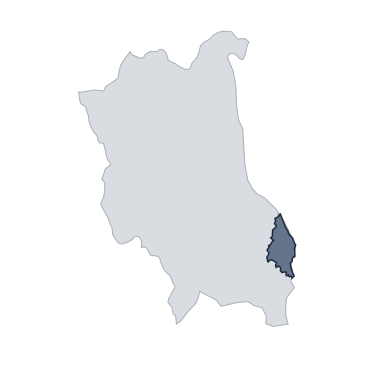 location of Silistra within Bulgaria, rotated 76°
{"feature_id": "BGR-2261", "entity_name": "Silistra", "entity_type": "Province", "adm_level": 1, "iso_a3": "BGR", "parent_name": "Bulgaria", "parent_adm1": "", "projection": "natural_earth1", "projection_center": [27.051, 43.921], "detail": "fine", "context": "in_parent", "style": "filled", "palette": "slate", "viewbox_px": 384, "rotation_deg": 76, "n_neighbors": 0, "source": "natural_earth", "source_scale": "10m", "svg_char_len": 3436}
<svg xmlns="http://www.w3.org/2000/svg" viewBox="0 0 384 384"><g transform="rotate(76 192 192)"><path d="M316.2,239.0L309.6,238.0L307.3,238.3L305.8,239.8L302.8,239.5L299.0,239.5L295.0,241.3L292.9,242.0L289.9,240.4L284.5,235.6L281.2,232.3L278.7,231.4L276.2,232.4L267.4,233.6L265.3,235.5L261.2,237.6L257.1,238.7L251.2,239.4L248.1,239.3L246.4,240.3L244.9,243.5L243.9,246.5L243.0,247.8L235.7,249.3L234.1,251.1L233.6,252.8L233.7,254.5L227.9,252.8L223.3,253.9L222.3,255.3L221.3,257.2L221.8,259.2L223.5,261.1L225.1,266.5L225.6,271.8L224.6,274.8L221.3,276.9L214.3,279.3L207.5,278.2L204.5,279.1L199.5,279.4L194.9,280.1L187.8,282.2L181.4,283.5L175.7,279.1L168.9,276.1L161.8,274.3L159.3,275.6L158.2,276.6L152.3,272.7L149.6,271.3L148.3,269.8L145.8,264.6L144.4,264.4L139.4,266.3L134.7,266.2L131.8,265.9L123.3,266.1L122.1,269.7L121.1,270.2L119.2,270.7L114.7,270.5L108.9,273.1L102.7,274.7L97.8,274.8L92.8,274.0L89.8,274.5L83.4,274.8L79.2,278.7L72.9,278.5L67.5,277.8L68.2,276.6L69.5,261.3L72.3,254.5L72.2,253.1L71.6,252.0L69.3,250.9L67.7,247.2L64.3,237.5L62.4,235.6L56.9,233.5L52.1,230.7L48.0,227.0L40.7,217.9L44.5,217.0L45.7,215.2L49.5,210.2L50.0,207.7L49.6,206.3L47.1,203.9L45.5,198.6L46.9,193.7L47.1,191.2L45.8,188.7L47.2,185.6L49.9,183.9L51.7,183.4L58.8,183.1L63.5,176.9L66.3,174.9L69.2,171.3L70.5,170.1L71.8,167.3L72.2,164.5L66.6,160.6L64.8,157.6L62.3,154.4L58.9,152.1L52.1,148.2L49.5,144.3L48.4,139.2L46.6,135.4L44.7,132.9L44.3,130.8L43.5,128.3L43.4,123.4L45.2,116.8L46.3,114.5L48.6,113.9L54.8,110.4L55.2,105.9L56.4,103.2L58.4,101.6L60.2,100.5L63.5,103.1L71.6,107.2L75.6,110.2L75.4,112.1L73.5,113.9L69.9,115.8L67.7,118.2L67.1,121.1L67.6,123.2L70.1,125.1L84.9,122.7L99.8,123.9L119.8,128.0L133.1,129.4L142.9,127.5L161.1,130.9L178.0,134.1L194.3,135.0L203.5,132.5L209.9,129.2L215.4,122.9L229.1,114.5L242.3,109.9L259.5,106.1L271.0,104.8L272.7,106.1L287.3,113.7L293.9,113.8L299.2,115.1L301.1,117.1L302.4,117.6L309.5,115.7L312.6,119.9L317.5,125.8L325.8,128.8L333.2,130.5L335.5,130.8L343.3,130.7L342.3,145.4L337.7,152.2L330.6,149.9L321.6,151.8L316.9,159.6L314.2,161.9L311.8,164.6L310.2,174.7L309.9,191.3L306.5,193.3L303.4,193.9L290.4,208.5L297.9,212.6L301.2,215.7L306.7,224.4L314.6,234.2L316.2,239.0Z" fill="#d9dde1" stroke="#a8b0b8" stroke-width="1"/><path d="M268.2,104.2L271.7,106.2L276.7,107.1L277.8,107.6L278.9,107.5L279.0,107.6L279.8,108.1L279.6,109.5L280.6,110.6L283.3,111.7L283.9,112.2L284.8,113.7L285.3,114.1L294.5,114.0L297.4,113.2L298.5,113.5L299.4,115.4L299.7,115.8L298.4,115.7L297.5,116.4L297.8,117.8L296.9,118.7L296.0,118.7L296.3,119.4L296.1,120.6L294.7,120.8L293.6,119.9L292.4,120.2L291.9,122.1L292.0,124.0L290.0,125.3L287.6,124.5L286.1,124.7L284.9,125.6L285.5,128.6L283.4,128.7L281.1,127.0L280.2,127.5L279.6,128.7L277.2,130.7L277.1,133.4L278.3,135.0L277.4,135.4L276.5,135.2L273.3,135.1L271.4,133.1L269.5,131.9L266.9,133.3L265.5,132.2L264.3,130.6L263.5,130.2L262.7,130.7L262.2,130.0L262.2,128.7L261.5,128.1L261.0,127.4L260.1,126.8L259.3,125.7L259.0,124.5L258.3,124.6L257.6,125.6L256.7,125.9L256.0,126.0L255.6,126.7L254.9,125.6L254.1,124.4L252.5,124.3L248.4,122.9L247.3,121.0L246.9,119.9L246.0,118.8L245.0,118.3L243.7,119.2L242.3,119.5L241.1,118.2L239.4,117.8L237.8,118.0L237.1,115.6L236.8,113.8L235.5,113.6L234.8,112.2L234.7,111.6L238.7,111.1L248.3,109.8L249.9,109.3L250.9,109.2L251.3,109.1L252.3,108.5L252.8,108.4L255.0,108.4L256.7,107.9L261.3,105.4L266.9,104.9L268.2,104.2Z" fill="#64748b" stroke="#1e293b" stroke-width="1.5"/></g></svg>